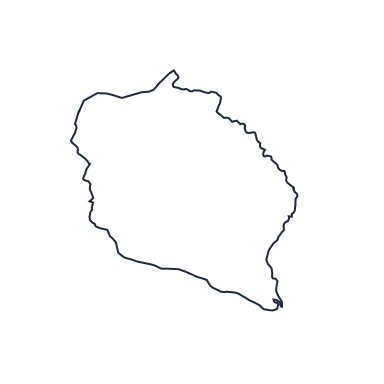 outline of Tawau, Sabah, Malaysia, rotated 38°
{"feature_id": "92858781B49280129644496", "entity_name": "Tawau", "entity_type": "district", "adm_level": 2, "iso_a3": "MYS", "parent_name": "Malaysia", "parent_adm1": "Sabah", "projection": "orthographic", "projection_center": [118.041, 4.434], "detail": "fine", "context": "isolated", "style": "outline", "palette": "slate", "viewbox_px": 384, "rotation_deg": 38, "n_neighbors": 0, "source": "geoboundaries", "source_scale": "gbopen_adm2", "svg_char_len": 3179}
<svg xmlns="http://www.w3.org/2000/svg" viewBox="0 0 384 384"><g transform="rotate(38 192 192)"><path d="M53.6,198.6L53.3,198.6L57.9,210.4L59.4,210.7L61.5,212.5L63.5,217.8L63.8,220.1L65.1,226.3L67.5,226.9L69.7,227.1L72.1,227.1L74.1,227.3L76.2,228.9L77.4,231.2L79.2,231.9L81.8,231.5L84.7,231.5L87.0,231.5L90.5,232.0L93.4,233.2L94.1,232.8L94.6,234.7L94.6,236.6L94.7,238.6L95.5,240.9L96.5,242.9L97.2,246.3L98.0,248.6L99.8,248.9L103.9,247.4L107.2,248.4L108.8,251.4L110.0,252.9L114.2,255.2L117.8,257.4L117.7,259.1L117.0,262.4L118.3,261.9L120.6,261.2L122.4,265.6L124.2,267.4L124.1,269.4L124.4,270.6L126.5,274.7L129.1,277.0L132.4,277.4L135.0,277.0L137.0,278.3L141.3,277.4L145.4,275.5L148.5,274.0L154.7,277.4L158.0,277.5L163.2,278.6L166.3,281.2L171.3,285.3L175.9,285.3L178.6,285.3L181.6,284.3L185.2,282.7L189.1,281.4L191.9,280.4L204.4,274.2L207.8,272.9L214.7,271.4L216.7,270.1L219.9,267.5L228.8,261.2L235.5,258.9L240.9,257.5L248.3,255.8L253.4,253.7L257.8,252.2L261.6,253.7L264.4,254.7L268.1,254.5L273.2,253.2L275.7,253.0L279.3,250.9L280.6,249.3L288.3,244.5L291.1,243.5L295.3,243.0L299.3,242.4L303.5,242.0L307.0,241.2L310.6,240.4L315.2,239.6L316.6,239.9L319.4,240.2L320.7,240.2L322.9,238.9L325.8,237.4L328.1,236.0L329.9,233.8L331.0,231.7L329.4,227.6L327.3,226.8L325.8,227.8L324.0,227.8L322.5,226.6L325.5,225.0L328.6,224.8L330.1,225.5L332.4,227.4L333.5,227.1L332.2,225.1L330.6,223.3L327.8,222.2L323.5,220.6L321.9,219.7L319.2,218.1L317.3,215.5L314.3,209.7L311.4,208.8L309.2,210.2L307.4,209.7L305.0,206.3L302.0,203.4L299.2,202.5L296.0,201.9L292.2,199.6L288.3,190.4L287.8,182.4L288.9,177.3L287.8,174.2L287.6,168.8L287.8,165.4L286.6,164.0L284.8,162.1L284.0,159.6L284.5,157.5L285.5,155.8L284.6,152.7L283.2,151.6L284.5,150.9L285.8,149.9L284.0,147.7L284.8,146.3L284.5,143.4L282.4,140.3L281.2,138.0L279.9,136.5L277.9,133.7L277.8,132.4L277.6,130.3L276.0,129.0L274.6,128.8L272.8,128.7L270.4,127.5L270.7,127.3L269.6,125.9L268.1,125.9L265.6,126.0L262.7,126.0L260.4,125.7L258.6,124.6L257.8,122.3L255.6,121.4L254.2,120.3L251.9,118.5L249.7,120.1L247.1,120.5L244.8,119.8L242.9,118.3L240.6,117.8L238.0,117.8L234.7,117.5L233.9,116.4L232.4,115.4L230.4,116.4L228.6,117.2L227.8,119.0L226.5,119.5L225.0,118.7L223.9,116.7L223.5,113.8L219.6,114.9L217.6,114.4L215.7,111.6L213.9,111.6L211.2,111.1L209.9,110.0L207.2,107.9L205.3,106.5L203.4,107.2L201.6,109.5L199.6,111.1L198.0,111.5L196.0,110.6L194.5,109.5L193.4,108.2L193.1,106.9L190.8,106.4L189.0,107.7L188.3,108.8L185.9,108.5L183.4,108.2L181.6,110.3L180.3,112.0L178.5,111.6L175.7,111.1L173.6,112.0L171.6,113.9L169.3,113.9L167.0,113.6L164.1,113.8L161.8,113.4L161.0,110.8L160.0,107.9L159.5,105.2L157.5,101.0L156.0,99.2L153.9,99.2L151.9,99.3L150.5,98.7L148.2,99.7L145.2,101.3L144.7,103.4L142.6,104.7L140.3,105.7L135.9,107.2L133.3,109.0L131.1,110.5L130.0,112.8L128.2,113.9L125.7,113.9L123.6,114.7L122.3,116.4L120.2,117.5L117.2,118.3L114.8,119.6L112.8,120.5L111.3,119.8L110.3,118.5L110.3,116.5L110.5,114.4L111.0,112.3L110.8,110.0L109.4,109.0L107.1,108.8L102.8,107.4L101.0,112.9L99.2,126.7L98.9,134.9L96.3,139.5L90.4,144.9L87.6,149.0L78.9,161.0L73.3,163.1L69.2,164.6L63.8,167.1L56.6,172.3L50.5,186.6L53.6,198.6Z" fill="none" stroke="#1e293b" stroke-width="2"/></g></svg>